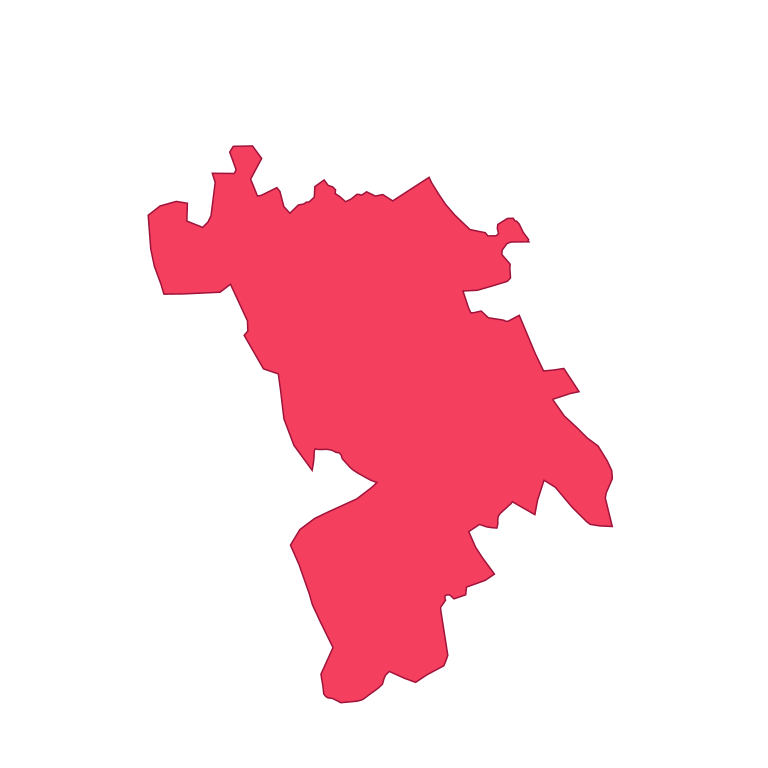 outline of Bindawa, Katsina, Nigeria, rotated 153°
{"feature_id": "59680162B3936014826761", "entity_name": "Bindawa", "entity_type": "district", "adm_level": 2, "iso_a3": "NGA", "parent_name": "Nigeria", "parent_adm1": "Katsina", "projection": "equal_earth", "projection_center": [7.884, 12.708], "detail": "fine", "context": "isolated", "style": "filled", "palette": "rose", "viewbox_px": 768, "rotation_deg": 153, "n_neighbors": 0, "source": "geoboundaries", "source_scale": "gbopen_adm2", "svg_char_len": 2955}
<svg xmlns="http://www.w3.org/2000/svg" viewBox="0 0 768 768"><g transform="rotate(153 384 384)"><path d="M232.3,383.8L244.9,383.6L247.3,384.8L247.7,385.8L249.5,387.4L260.9,395.6L264.3,404.9L271.7,406.8L274.3,407.9L274.1,413.6L271.4,431.0L258.2,425.1L239.6,421.6L227.6,419.5L223.2,421.0L222.2,423.1L219.8,429.0L217.2,433.5L220.2,445.8L218.0,449.6L210.6,453.3L206.2,452.8L190.4,444.9L190.5,446.3L189.6,446.9L190.1,450.2L190.5,452.3L191.1,456.1L190.9,465.2L191.5,467.2L191.8,468.4L191.8,468.8L193.3,469.7L193.6,473.0L198.9,475.5L210.2,474.5L212.4,471.2L213.6,466.1L216.7,465.1L224.2,468.8L225.1,472.9L226.8,474.2L237.3,482.6L244.2,502.3L247.6,516.2L249.0,527.6L250.2,541.7L250.0,547.7L293.1,543.2L299.1,553.4L306.3,555.3L312.3,563.2L314.8,562.8L317.9,562.5L319.0,563.0L319.6,563.8L321.9,565.3L322.9,565.1L329.5,563.7L335.5,563.9L338.1,570.6L341.0,575.9L339.0,579.0L340.3,583.0L343.6,586.3L344.7,593.0L356.0,591.3L361.3,582.1L368.1,580.2L370.8,581.3L373.7,580.8L379.1,582.4L390.3,578.9L392.7,587.5L389.3,602.9L390.3,607.6L407.6,607.8L411.4,608.9L409.8,627.1L390.6,640.5L393.1,655.8L410.4,664.2L416.2,660.7L418.5,642.0L421.9,639.6L441.3,649.7L442.9,640.2L461.8,612.4L467.4,608.2L474.5,605.9L485.7,618.7L477.1,634.3L486.2,641.0L502.7,644.3L517.5,641.4L530.5,610.3L535.2,593.0L537.4,574.2L539.3,564.0L521.8,555.3L488.4,540.2L475.5,542.6L477.0,502.2L481.3,493.0L486.5,490.9L484.5,452.2L473.6,441.0L479.4,424.3L489.0,398.3L492.1,370.2L487.2,339.7L485.7,341.7L482.6,345.9L479.7,350.3L477.0,355.3L475.0,357.5L472.1,355.4L468.6,353.6L464.8,351.9L461.3,349.4L459.0,346.8L457.8,344.8L455.3,343.2L454.4,340.4L455.1,336.3L453.7,331.1L453.2,329.3L452.3,325.8L451.1,322.5L450.2,320.7L448.2,317.2L445.1,312.5L441.9,307.7L439.5,304.3L435.1,299.5L441.1,297.6L460.4,294.0L493.4,295.4L506.8,295.7L525.1,292.5L540.5,282.9L541.7,261.7L545.8,231.0L548.0,219.9L548.7,200.8L548.8,193.8L549.1,172.3L571.9,154.1L572.8,151.4L575.6,142.5L578.4,135.2L577.8,132.2L576.6,130.0L572.5,127.1L567.1,119.6L552.0,113.6L547.3,112.6L544.0,112.8L539.8,113.6L526.9,115.7L521.6,117.3L517.5,121.7L514.7,123.9L509.8,125.5L499.2,112.3L491.3,103.8L477.8,105.4L458.6,105.8L453.4,110.3L450.3,113.3L442.0,138.7L437.0,154.0L436.0,157.0L434.9,159.4L427.3,163.4L427.0,165.5L425.9,167.4L424.4,167.8L423.3,167.2L421.2,166.3L419.2,160.8L406.9,159.1L402.7,165.6L383.0,163.1L371.9,164.5L375.1,184.1L376.5,196.9L375.5,214.0L362.6,215.5L357.3,210.0L353.0,206.9L348.8,204.4L347.6,205.9L346.0,207.7L345.3,209.3L344.0,211.8L342.5,214.0L341.5,214.7L338.7,216.1L336.2,216.7L334.3,217.3L331.0,218.1L328.2,219.0L325.5,219.6L323.1,220.8L308.9,199.1L299.9,210.8L285.1,225.6L278.2,214.1L272.4,189.0L265.9,169.2L264.0,165.3L256.0,159.5L245.3,153.4L238.6,181.9L235.4,186.1L223.5,196.0L220.4,203.4L220.0,214.0L221.4,231.5L227.4,243.6L232.0,257.7L237.9,273.7L240.6,292.6L240.2,293.7L222.5,291.0L213.7,288.6L216.7,316.2L226.1,319.3L235.9,323.2L235.4,342.7L232.3,383.8Z" fill="#f43f5e" stroke="#9f1239" stroke-width="1.5"/></g></svg>